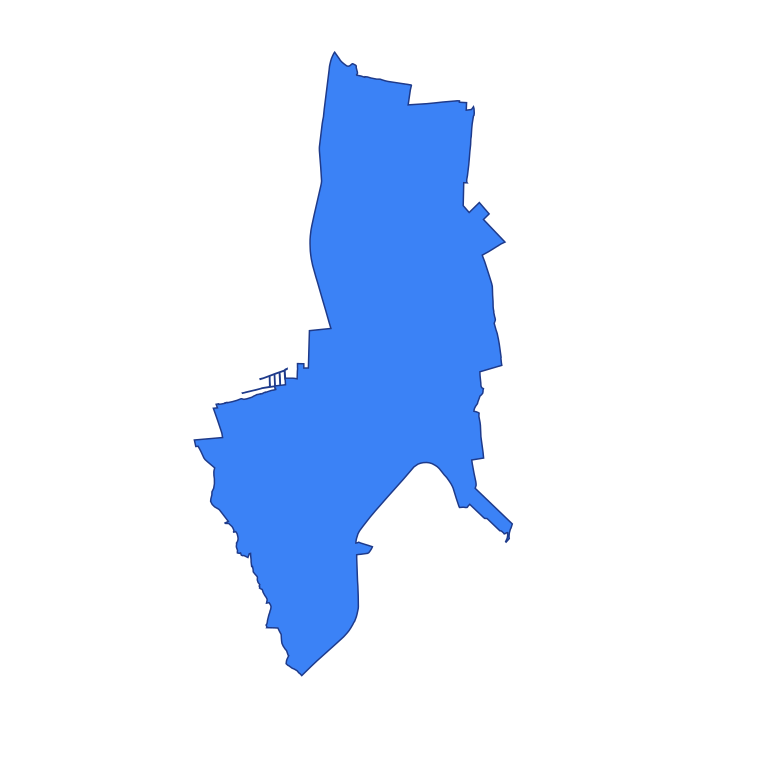 the district of Bacau, Bacau, Romania, rotated 197°
{"feature_id": "2599482B93672222813431", "entity_name": "Bacau", "entity_type": "district", "adm_level": 2, "iso_a3": "ROU", "parent_name": "Romania", "parent_adm1": "Bacau", "projection": "albers", "projection_center": [26.916, 46.564], "detail": "fine", "context": "isolated", "style": "filled", "palette": "blue", "viewbox_px": 768, "rotation_deg": 197, "n_neighbors": 0, "source": "geoboundaries", "source_scale": "gbopen_adm2", "svg_char_len": 6131}
<svg xmlns="http://www.w3.org/2000/svg" viewBox="0 0 768 768"><g transform="rotate(197 384 384)"><path d="M276.8,436.3L277.9,438.5L279.7,442.7L279.8,443.7L283.4,451.5L285.4,455.8L287.7,460.3L290.5,465.4L292.9,468.8L296.4,474.3L296.2,477.2L296.3,478.0L297.1,479.6L297.8,480.6L300.1,484.8L300.2,485.5L301.3,487.6L302.2,489.7L303.9,494.9L306.1,500.7L308.0,506.3L309.0,509.1L310.5,511.7L316.1,519.9L323.3,530.2L326.9,534.8L327.7,536.0L322.7,541.1L313.0,552.2L309.8,555.1L337.0,570.4L333.2,577.4L345.9,585.4L352.7,572.9L360.4,577.7L366.6,599.8L363.3,600.7L363.7,601.0L364.2,602.1L364.7,603.9L365.1,607.5L367.0,618.2L368.7,626.2L369.9,631.6L371.1,638.0L372.6,643.7L373.0,646.4L374.7,653.5L375.7,658.4L376.8,666.3L376.6,667.2L376.5,667.3L376.9,669.5L378.4,673.6L379.5,675.3L380.6,672.1L385.4,669.9L387.3,677.2L394.3,675.5L394.6,676.8L396.6,676.3L410.3,670.8L417.5,667.7L425.2,664.5L442.5,658.0L444.8,673.0L445.1,677.6L445.5,677.9L468.7,674.5L471.4,674.3L474.9,674.3L476.7,674.4L480.2,673.4L486.0,672.8L489.5,672.8L492.1,672.3L492.1,671.7L496.0,671.8L499.3,671.5L500.1,671.3L500.6,671.6L500.2,673.2L500.5,674.2L503.0,678.3L503.2,678.8L503.5,680.0L504.4,680.6L507.1,681.1L507.9,681.0L508.4,680.4L509.7,678.4L510.3,677.9L511.2,677.4L512.2,677.3L512.9,677.4L515.7,678.4L518.3,679.5L520.6,680.8L521.0,681.3L528.2,686.9L528.6,685.7L529.0,683.4L529.4,680.0L529.4,677.3L529.2,674.1L529.0,671.9L528.3,668.3L521.5,629.3L520.0,621.7L519.7,618.6L519.2,614.9L515.1,591.9L514.7,590.4L513.9,588.0L507.7,572.3L503.0,559.8L502.6,557.5L502.4,555.6L500.3,526.1L499.3,514.1L498.8,509.8L497.8,504.3L496.9,500.4L495.8,496.7L494.5,492.9L493.3,489.5L491.8,486.0L490.1,482.4L487.0,476.7L480.4,466.4L477.5,462.1L467.2,446.3L460.6,436.3L454.4,426.7L451.0,421.6L470.9,413.2L461.0,377.2L465.3,375.8L466.6,379.9L472.7,378.2L471.4,374.1L471.1,373.4L470.6,371.0L468.6,363.6L471.4,363.2L473.2,362.8L480.0,360.7L482.7,367.9L482.2,368.9L481.1,369.7L481.2,370.4L482.5,369.3L482.9,368.8L483.2,368.0L484.1,367.3L490.5,362.6L501.0,354.5L504.0,352.7L503.7,352.3L501.2,354.0L487.5,364.4L483.1,367.5L480.2,359.7L479.6,358.8L478.0,354.5L482.7,352.4L484.9,358.8L486.2,362.4L487.1,364.5L487.4,364.3L486.6,362.1L483.0,352.3L487.5,350.4L491.4,361.2L491.6,361.0L487.8,350.2L488.1,349.9L492.0,348.1L494.0,353.5L495.5,358.1L495.8,357.9L492.5,348.0L499.5,344.5L500.6,343.6L505.4,340.7L514.3,335.5L514.6,335.2L516.8,334.0L516.6,333.8L506.7,339.7L505.2,340.5L500.1,343.7L499.4,344.2L487.9,349.7L487.0,348.0L486.5,348.2L485.9,347.1L488.1,345.7L488.2,345.8L489.7,345.0L494.9,341.3L495.1,341.5L496.1,340.7L496.9,340.0L497.2,339.4L497.7,339.1L497.8,339.2L499.1,338.3L499.3,338.5L501.2,337.3L502.5,336.7L504.1,335.1L505.0,334.4L506.2,333.0L507.1,332.3L510.9,329.7L513.2,328.5L513.9,328.3L515.8,328.3L516.4,328.1L519.8,325.4L523.8,322.8L528.5,320.2L528.8,320.5L530.6,319.4L530.4,319.1L533.9,317.2L536.1,316.2L536.4,316.7L538.6,315.5L536.3,312.5L540.1,310.9L532.5,300.6L525.6,290.9L524.6,289.4L522.7,285.6L549.0,275.0L545.7,269.2L543.6,270.1L541.9,268.5L539.5,266.1L534.6,260.6L533.0,259.4L530.0,258.0L521.4,254.3L521.2,251.0L520.9,249.8L519.9,246.8L518.5,243.8L517.0,239.0L516.4,234.5L517.0,230.6L516.2,227.7L516.0,223.6L515.5,221.1L513.1,218.6L510.1,217.0L505.7,216.0L504.5,215.5L492.7,207.1L495.4,204.6L495.0,204.3L491.6,205.2L487.6,203.2L486.3,202.0L485.1,200.6L484.6,199.8L484.6,199.2L484.7,198.7L484.5,198.4L483.8,198.7L482.7,199.5L480.8,198.0L479.2,195.4L478.4,193.7L478.1,192.2L478.1,190.5L478.6,188.7L478.2,188.3L478.0,186.8L477.7,185.4L477.3,184.6L475.5,182.2L475.2,181.1L475.2,180.6L474.8,179.6L472.7,179.8L471.8,180.5L470.4,178.6L469.0,178.5L467.8,179.0L463.4,178.3L463.2,182.3L462.1,183.0L461.3,180.8L459.7,177.0L459.1,175.1L457.2,170.8L456.5,171.1L455.0,168.5L454.1,166.1L452.0,164.6L448.9,162.7L448.5,162.1L447.9,159.6L447.5,159.0L446.3,157.3L444.2,155.9L444.1,155.3L444.3,154.3L443.7,153.9L443.4,153.4L443.4,152.5L442.2,152.1L440.4,151.9L439.6,150.8L438.6,149.3L436.1,146.9L434.3,145.5L433.1,144.3L432.7,143.5L432.5,142.6L432.3,140.1L430.0,141.3L428.0,139.6L426.9,138.0L426.5,135.6L426.6,133.6L426.5,132.0L426.6,129.5L426.3,123.9L426.0,122.2L425.9,121.0L425.9,120.1L426.3,119.0L425.1,117.7L424.8,117.1L424.9,116.7L417.4,118.8L414.1,119.6L412.1,117.4L409.1,114.4L407.8,110.8L406.8,108.3L405.8,106.2L403.8,103.9L401.0,101.6L399.2,100.5L396.6,96.9L396.2,96.5L395.7,96.3L396.3,92.3L396.3,90.6L395.8,87.9L393.5,86.8L392.5,86.7L388.9,85.4L386.2,85.1L383.1,84.3L381.1,82.9L379.8,82.5L377.4,81.1L371.2,92.5L367.3,99.4L353.3,122.6L348.7,130.4L347.5,132.9L346.3,135.5L345.3,138.1L344.4,141.2L343.5,145.0L343.2,147.0L342.7,148.5L342.4,153.3L342.5,156.1L343.0,161.7L343.4,163.5L346.6,173.5L349.8,182.8L351.7,187.8L359.0,208.9L360.2,212.7L358.4,213.6L356.6,214.3L350.1,217.3L349.3,218.2L349.0,218.8L348.4,220.5L347.8,222.7L347.5,224.6L347.5,225.0L359.9,225.1L362.0,225.3L362.8,224.5L364.4,223.7L364.8,225.3L365.1,228.1L365.1,233.1L364.6,235.7L364.3,236.9L362.5,241.9L358.4,252.6L355.2,260.1L347.5,277.2L337.5,298.9L331.1,313.5L328.1,317.3L325.8,319.0L323.4,320.3L320.3,321.4L317.6,321.9L314.7,321.9L311.3,321.2L308.9,320.5L306.3,319.2L299.8,314.7L296.7,312.9L292.7,309.8L290.7,308.1L288.8,306.2L287.5,304.7L281.4,295.7L276.7,289.1L275.7,288.0L274.9,288.3L272.1,289.4L269.5,289.8L269.1,290.0L268.4,290.3L268.2,290.7L267.9,291.8L266.8,294.0L250.1,285.6L248.5,284.9L246.1,285.5L230.3,277.5L229.8,277.7L229.0,277.7L228.2,277.5L226.1,276.5L225.2,275.8L224.2,276.5L223.5,277.4L222.8,277.9L222.4,278.0L221.1,274.2L221.3,274.1L221.1,272.6L221.6,268.8L221.0,268.5L219.0,272.8L219.5,273.8L219.9,274.9L220.5,277.8L220.6,278.6L220.7,282.2L220.5,282.8L220.4,284.4L220.4,287.7L266.3,310.9L266.3,314.1L266.9,315.8L267.7,317.5L271.9,325.1L276.3,333.6L277.9,337.0L267.1,342.3L269.3,347.6L275.9,361.9L279.7,372.6L280.9,375.3L283.8,380.8L284.3,382.7L284.5,383.9L284.8,384.1L286.1,384.3L287.9,384.4L290.0,384.2L290.3,385.6L290.3,387.3L289.9,389.5L288.9,392.5L289.0,394.5L288.8,397.5L288.7,400.5L288.3,401.1L287.6,402.3L286.9,404.1L287.1,405.7L287.5,407.2L287.5,408.6L289.3,409.0L290.3,409.9L291.0,411.2L291.7,413.2L294.7,420.3L295.9,423.7L276.8,436.3Z" fill="#3b82f6" stroke="#1e3a8a" stroke-width="1.5"/></g></svg>